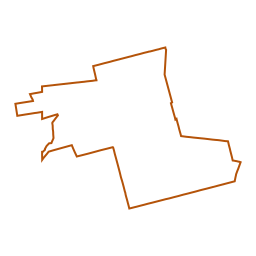 Gottlob, Timis, Romania
{"feature_id": "2599482B49237381448413", "entity_name": "Gottlob", "entity_type": "district", "adm_level": 2, "iso_a3": "ROU", "parent_name": "Romania", "parent_adm1": "Timis", "projection": "orthographic", "projection_center": [20.686, 45.94], "detail": "fine", "context": "isolated", "style": "outline", "palette": "amber", "viewbox_px": 256, "rotation_deg": 0, "n_neighbors": 0, "source": "geoboundaries", "source_scale": "gbopen_adm2", "svg_char_len": 3048}
<svg xmlns="http://www.w3.org/2000/svg" viewBox="0 0 256 256"><path d="M228.0,141.3L227.1,141.2L225.4,141.1L223.2,140.8L219.7,140.3L218.1,140.1L215.5,139.9L212.4,139.6L207.5,139.0L204.1,138.6L199.9,138.2L195.0,137.7L193.9,137.6L190.6,137.2L186.5,136.8L182.7,136.3L181.1,136.1L180.6,134.2L179.9,131.7L179.2,129.2L178.5,126.3L177.7,123.5L177.0,120.9L176.5,118.8L175.4,119.6L175.0,117.8L174.4,115.7L173.3,111.8L172.1,107.4L171.5,105.3L171.2,104.2L170.9,103.2L172.1,102.4L164.6,74.6L166.1,49.8L165.5,48.7L165.3,47.5L163.2,48.0L160.9,48.6L158.6,49.3L157.2,49.6L156.0,49.9L153.8,50.5L152.3,50.9L149.9,51.5L149.3,51.5L147.6,52.0L144.2,52.8L139.9,54.0L139.5,54.1L135.4,55.1L131.1,56.3L129.4,56.7L127.1,57.3L124.0,58.1L122.5,58.5L120.5,59.0L118.7,59.5L118.2,59.6L115.5,60.3L113.5,60.8L110.0,61.8L106.4,62.7L104.3,63.2L103.6,63.4L102.1,63.8L100.2,64.3L98.8,64.7L97.2,65.1L93.2,66.1L93.6,68.2L94.5,72.0L95.2,74.9L96.1,79.1L96.5,80.1L96.5,80.3L95.0,80.4L92.5,80.8L91.7,80.9L88.7,81.2L86.8,81.4L83.9,81.8L81.7,82.0L78.3,82.4L76.9,82.5L76.1,82.6L42.0,86.4L42.1,90.2L42.1,91.4L42.1,91.9L40.5,92.2L36.7,92.9L33.7,93.4L32.2,93.7L30.0,94.1L30.3,94.8L31.1,96.8L31.2,97.0L32.7,99.7L33.0,101.0L20.8,102.9L15.4,103.8L16.5,110.7L17.3,115.8L26.0,114.4L30.6,113.7L34.9,113.0L36.7,112.8L42.1,111.9L42.1,114.8L42.1,119.0L48.3,117.0L51.3,116.1L54.9,115.0L57.4,114.3L57.9,115.4L57.2,116.3L56.7,116.9L55.1,119.0L54.0,120.5L52.8,122.0L52.4,122.5L52.3,123.4L52.4,123.6L52.4,123.8L52.7,125.8L52.7,126.1L52.7,127.0L52.8,129.5L52.9,129.8L53.0,130.5L53.1,131.3L53.2,132.8L53.2,133.6L53.2,134.1L53.4,136.7L53.5,138.0L53.2,138.9L52.2,141.1L51.4,143.1L50.5,143.2L49.1,143.3L47.5,145.0L46.5,146.1L45.9,147.2L44.9,149.0L44.9,149.3L45.0,149.4L45.0,149.6L44.9,149.8L44.8,150.0L44.2,150.5L43.3,151.3L43.1,151.5L42.8,151.9L42.7,151.9L42.1,151.9L42.1,155.4L42.2,159.2L42.2,159.8L43.2,158.4L43.8,157.6L47.0,153.8L48.6,151.7L52.6,150.5L58.7,148.8L64.5,147.2L70.3,145.6L71.8,145.2L73.1,148.4L74.6,151.8L76.3,155.4L76.8,156.5L82.4,155.1L88.3,153.6L94.6,151.9L100.8,150.2L106.9,148.7L112.7,147.2L112.9,147.3L113.1,147.4L113.5,148.8L114.0,150.5L114.8,153.9L115.8,157.5L116.8,161.2L117.8,164.9L118.8,168.7L119.8,172.5L120.8,176.7L121.4,178.8L121.9,180.3L122.9,183.9L123.9,187.7L124.8,191.3L125.3,192.8L125.5,194.0L125.7,195.0L126.4,197.6L126.7,198.6L127.6,201.9L127.7,202.4L128.6,205.7L129.3,208.5L131.8,207.9L134.9,207.1L136.6,206.7L140.4,205.7L144.7,204.6L147.6,203.8L152.5,202.6L155.6,201.8L158.3,201.1L161.8,200.2L163.0,199.9L165.6,199.2L167.0,198.9L168.8,198.5L170.8,198.0L172.6,197.5L174.1,197.1L175.7,196.7L178.5,196.0L180.6,195.4L183.5,194.6L186.4,193.9L188.8,193.3L191.4,192.6L194.2,191.9L197.9,190.9L199.6,190.4L201.9,189.8L206.4,188.7L209.5,187.9L234.7,181.3L235.5,177.2L235.9,175.5L236.1,174.3L236.9,172.1L237.3,171.0L238.1,169.1L238.9,166.9L240.3,163.0L240.6,162.2L239.5,161.8L238.3,161.6L237.2,161.3L236.3,161.1L235.5,161.0L234.2,160.7L232.7,160.5L232.4,159.2L232.0,157.4L231.0,153.5L230.2,150.4L230.0,149.3L228.9,145.2L228.0,141.3Z" fill="none" stroke="#b45309" stroke-width="2"/></svg>